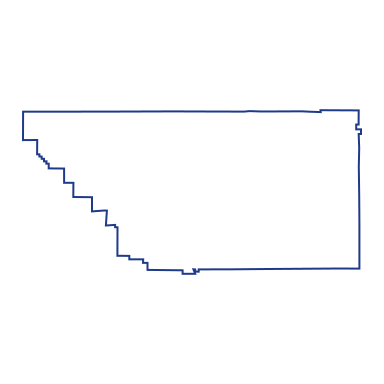 Kern, California, United States of America (Natural Earth projection)
{"feature_id": "52423323B19833942519787", "entity_name": "Kern", "entity_type": "district", "adm_level": 2, "iso_a3": "USA", "parent_name": "United States of America", "parent_adm1": "California", "projection": "natural_earth1", "projection_center": [-118.972, 35.294], "detail": "fine", "context": "isolated", "style": "outline", "palette": "blue", "viewbox_px": 384, "rotation_deg": 0, "n_neighbors": 0, "source": "geoboundaries", "source_scale": "gbopen_adm2", "svg_char_len": 958}
<svg xmlns="http://www.w3.org/2000/svg" viewBox="0 0 384 384"><path d="M358.7,110.4L320.5,110.2L320.7,112.1L309.5,111.7L301.7,111.3L285.0,111.4L261.3,111.5L249.7,111.1L244.1,111.6L205.3,111.5L172.6,111.4L109.1,111.6L23.1,111.7L23.0,140.1L37.2,140.0L37.1,154.3L39.4,154.3L39.4,156.5L41.7,156.6L41.7,158.8L44.0,158.8L44.0,161.3L46.5,161.3L46.3,163.6L48.7,163.7L48.7,168.4L59.7,168.5L64.1,168.5L64.1,182.8L73.4,182.8L73.3,197.0L92.0,197.2L92.0,211.4L104.5,210.5L106.9,210.6L105.9,225.5L115.1,224.9L115.1,227.2L117.5,227.3L117.4,255.8L121.4,255.8L129.3,255.9L129.3,259.3L143.2,259.3L143.0,262.9L147.5,262.9L147.5,269.9L182.6,270.3L182.6,273.8L195.2,273.8L193.4,269.3L195.1,269.4L195.7,271.7L198.7,271.7L198.7,269.4L233.8,269.3L268.2,269.0L340.7,268.5L354.8,268.6L359.4,268.6L359.4,223.9L359.2,195.3L358.8,166.6L359.2,148.2L358.7,134.0L361.0,134.0L361.0,129.3L356.2,129.3L356.2,124.5L358.6,124.5L358.7,110.4Z" fill="none" stroke="#1e3a8a" stroke-width="2"/></svg>